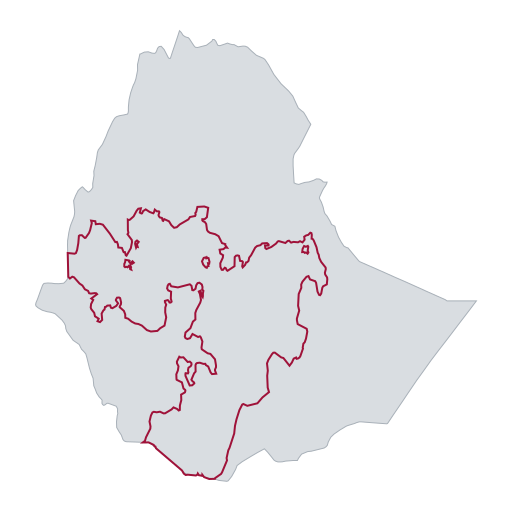 where Oromiya sits in Ethiopia
{"feature_id": "ETH-3131", "entity_name": "Oromiya", "entity_type": "Administrative State", "adm_level": 1, "iso_a3": "ETH", "parent_name": "Ethiopia", "parent_adm1": "", "projection": "equal_earth", "projection_center": [38.367, 6.948], "detail": "fine", "context": "in_parent", "style": "outline", "palette": "rose", "viewbox_px": 512, "rotation_deg": 0, "n_neighbors": 0, "source": "natural_earth", "source_scale": "10m", "svg_char_len": 9621}
<svg xmlns="http://www.w3.org/2000/svg" viewBox="0 0 512 512"><path d="M102.1,400.3L101.7,399.6L99.1,396.8L96.7,393.1L95.2,389.1L93.8,385.8L93.1,378.3L91.3,373.8L89.5,368.2L86.9,357.6L85.8,353.9L83.7,351.4L81.5,349.2L79.2,344.5L73.1,340.3L70.8,337.1L66.8,331.5L65.8,328.6L65.5,325.8L64.3,323.2L62.1,320.2L55.2,313.8L53.2,313.0L50.8,312.3L47.1,311.7L42.2,310.2L37.9,307.7L36.0,306.0L35.6,304.7L36.0,302.7L37.5,299.2L40.5,290.8L42.6,285.1L44.0,283.4L47.7,283.0L51.7,283.2L54.7,283.6L58.8,283.7L63.7,283.2L65.7,281.3L67.3,279.2L67.9,277.7L68.1,274.0L68.1,271.0L67.9,259.5L67.7,252.5L67.5,244.5L67.6,242.9L67.6,240.8L68.9,232.3L70.0,227.4L70.8,224.8L74.0,216.7L74.5,214.1L74.7,211.7L73.6,200.7L75.6,195.6L78.2,190.5L80.4,188.3L82.3,186.8L83.2,187.5L85.3,189.8L88.1,192.1L89.5,191.6L91.4,189.6L92.8,187.5L92.7,183.6L94.0,175.7L93.8,171.2L95.2,165.6L96.7,157.6L97.4,152.6L98.3,149.9L102.4,144.4L106.0,136.6L108.2,130.9L112.6,121.6L114.7,118.2L116.5,116.7L119.1,115.8L124.0,114.9L127.5,114.1L128.1,112.9L128.4,111.0L128.4,106.9L129.1,99.7L130.7,92.7L132.5,87.4L133.4,85.0L134.6,82.7L135.9,78.8L137.6,70.3L137.5,64.6L139.9,54.0L140.4,54.0L144.4,52.1L148.3,51.8L152.0,53.1L154.5,53.4L155.6,52.8L156.6,51.0L157.6,48.2L159.1,46.6L161.2,46.3L164.1,49.5L168.5,58.0L169.7,58.5L170.4,58.3L172.6,51.5L174.4,46.2L177.7,36.3L179.5,30.7L181.2,32.4L183.0,35.2L184.9,36.6L187.0,37.4L188.0,37.5L189.3,38.7L193.9,45.7L195.4,47.3L197.6,47.5L206.5,45.2L211.9,41.1L212.7,39.5L214.2,39.5L215.9,41.3L216.6,43.0L217.8,45.3L219.9,45.7L225.0,44.0L227.5,43.1L229.6,43.9L232.3,44.6L234.0,44.6L238.1,46.8L242.9,46.1L245.2,46.2L247.6,47.2L251.4,50.9L256.4,55.3L263.6,58.4L265.1,59.7L268.5,64.8L273.9,74.5L281.0,83.7L288.7,91.1L292.8,96.1L295.6,102.3L298.3,108.0L301.1,110.4L303.6,112.3L306.3,116.7L308.2,120.3L310.8,124.3L308.0,129.9L304.2,137.4L299.8,146.2L298.4,148.3L294.5,153.6L293.9,155.1L293.1,158.9L293.1,165.8L293.6,174.7L294.1,182.9L296.3,183.9L298.8,184.4L301.6,183.4L304.9,182.4L309.1,181.9L313.7,180.3L316.4,178.9L319.2,179.0L321.8,180.4L323.0,181.8L324.8,182.2L327.1,182.1L326.6,183.7L325.4,185.9L323.8,188.2L322.5,190.5L319.5,197.1L319.4,197.9L319.8,199.2L321.4,202.2L323.1,207.0L324.1,211.4L324.9,213.6L327.0,216.0L330.0,221.1L331.6,224.5L334.9,226.3L336.0,230.7L338.5,237.1L341.3,242.2L343.9,246.1L346.8,247.7L347.9,247.8L354.0,255.2L358.7,260.8L359.8,261.7L368.2,265.4L377.8,269.6L385.5,273.0L395.3,277.4L405.0,281.6L414.1,285.7L426.9,291.5L437.2,296.1L445.3,299.7L447.0,300.9L476.4,300.9L469.3,310.3L461.1,321.0L452.6,332.2L447.1,339.4L438.3,350.8L431.0,360.4L423.6,370.8L416.8,380.2L407.9,393.3L402.2,401.8L393.2,415.0L387.6,423.4L386.8,423.8L378.6,423.2L370.7,422.6L360.7,421.8L359.5,421.8L356.6,422.6L354.8,423.4L347.6,425.6L346.2,426.2L340.2,429.8L334.1,434.0L330.8,437.2L328.3,441.9L327.3,445.3L326.1,446.7L324.2,448.0L311.3,451.2L307.6,451.6L301.6,454.1L298.4,458.4L297.4,460.5L293.1,460.5L285.6,461.1L282.3,461.8L280.8,461.9L277.9,461.9L275.5,461.1L273.9,460.0L271.9,457.4L267.6,452.1L264.4,448.8L257.4,452.6L251.1,456.3L242.2,461.7L237.1,465.5L235.6,469.4L231.7,476.4L228.2,480.8L226.9,481.3L218.9,480.4L216.1,479.5L211.3,478.7L205.0,477.2L200.7,475.5L196.1,475.4L189.4,474.8L185.3,473.6L181.1,469.7L175.7,465.0L170.2,460.2L164.5,455.2L157.8,449.5L150.4,443.3L148.7,442.6L148.0,442.5L140.0,442.2L131.7,441.9L126.1,441.7L124.3,441.0L123.0,439.6L121.3,435.0L119.1,431.7L116.7,427.5L116.5,421.8L117.2,415.7L117.8,413.6L117.5,411.6L117.6,408.8L116.2,406.2L108.0,403.2L106.7,403.4L105.4,404.6L103.8,405.4L102.7,404.6L102.0,403.5L102.0,401.7L102.1,400.3Z" fill="#d9dde1" stroke="#a8b0b8" stroke-width="1"/><path d="M68.3,276.9L67.7,253.0L74.5,253.7L75.9,253.1L77.1,250.0L78.3,243.2L78.9,235.9L79.7,235.3L81.9,235.2L84.7,237.9L85.6,237.8L89.0,233.0L90.1,230.2L91.8,223.1L91.1,220.6L95.3,221.2L95.8,224.2L99.8,223.8L102.9,224.7L109.9,233.7L115.3,242.1L116.9,241.9L117.9,244.3L118.3,247.5L121.9,247.9L123.4,251.7L123.7,252.2L124.9,252.1L125.8,255.3L126.5,255.7L130.8,248.2L132.0,242.2L131.8,240.0L127.5,234.2L128.4,232.8L127.9,230.2L127.8,219.6L128.7,220.1L129.9,219.7L133.6,216.4L136.6,210.8L138.3,208.7L140.9,208.3L139.8,212.6L141.4,213.5L142.1,213.3L143.1,211.1L145.7,209.4L149.7,212.0L153.3,213.3L153.9,212.5L154.8,209.6L156.8,211.3L158.8,211.3L159.2,211.6L159.3,212.6L158.5,215.0L158.9,216.3L159.9,217.5L161.9,217.9L162.7,220.7L163.2,220.9L164.2,219.1L169.0,221.3L171.3,225.1L174.1,227.8L176.8,227.2L179.8,224.4L188.4,219.4L190.0,217.0L195.1,216.0L195.6,214.8L195.3,213.0L196.2,211.9L197.4,206.9L204.3,206.5L208.2,207.8L206.9,217.2L204.6,219.2L202.3,219.2L202.3,220.4L202.9,221.1L205.0,222.2L206.2,224.0L207.0,229.9L208.0,231.5L209.9,232.8L215.2,234.2L218.6,236.2L222.0,243.1L225.3,244.1L225.2,245.0L227.1,247.7L225.3,247.5L223.5,249.1L219.6,249.7L220.3,253.5L223.1,255.2L222.8,257.7L220.3,263.2L220.4,266.9L221.7,269.8L222.9,269.9L224.8,267.7L225.7,268.1L226.8,270.3L227.5,270.8L234.5,266.2L234.7,257.1L236.0,255.7L237.6,255.4L239.0,255.8L240.1,260.9L242.3,261.2L242.9,262.0L242.2,266.3L242.7,267.4L245.1,264.9L246.1,262.4L247.1,262.3L248.5,260.9L249.2,257.6L251.1,255.2L255.2,247.6L257.1,246.0L260.4,245.2L262.2,243.4L267.0,243.1L268.4,244.2L268.7,245.0L268.3,245.5L265.0,245.5L265.3,248.1L266.4,249.0L271.3,247.0L276.0,243.6L277.7,241.5L278.8,241.1L285.4,243.0L287.6,241.0L289.0,240.7L291.1,242.6L293.5,241.9L298.0,242.3L300.0,241.2L302.5,242.4L304.6,239.7L304.2,236.7L306.2,235.4L308.2,234.9L310.3,232.7L311.4,233.1L311.8,234.8L311.6,238.7L312.6,238.9L313.7,240.4L316.5,247.2L317.7,252.8L318.7,254.7L319.3,258.0L321.1,261.8L325.6,267.5L325.8,269.1L324.9,272.7L325.2,274.5L327.1,277.4L327.3,279.4L326.8,284.4L323.1,286.3L322.3,287.8L321.2,293.6L320.1,295.2L319.1,294.9L317.5,291.6L316.1,282.9L315.2,281.2L310.0,279.4L308.5,276.1L306.5,276.8L302.5,281.6L301.2,284.5L301.3,287.9L298.7,294.0L298.1,305.8L299.2,310.6L296.9,318.5L296.9,320.2L297.7,324.1L306.7,328.8L307.3,331.6L306.0,338.6L304.7,342.3L303.4,343.6L302.7,347.8L303.0,348.5L300.4,356.0L299.5,357.5L298.0,358.5L296.6,358.8L296.1,357.5L293.7,358.6L291.9,362.5L289.5,365.7L283.4,358.0L281.2,357.4L274.8,352.6L273.3,352.7L272.0,354.1L268.4,359.8L267.0,363.4L267.8,370.7L267.2,375.7L267.7,387.6L269.0,392.1L262.5,397.4L257.4,403.3L247.3,405.8L243.3,404.0L242.2,404.6L239.4,410.1L236.5,419.3L235.0,425.8L234.2,433.5L229.5,447.9L228.3,450.3L226.6,458.0L227.0,460.4L222.1,472.2L221.1,473.9L215.1,478.1L214.9,478.8L209.2,479.0L204.1,477.1L202.3,474.7L202.2,475.8L198.9,475.2L197.8,473.5L197.4,474.6L195.9,475.5L188.0,474.7L185.7,475.0L183.8,473.6L182.0,470.5L156.0,448.3L155.4,446.5L154.6,446.4L153.7,444.9L148.6,442.4L142.8,442.5L145.0,440.8L146.0,437.3L150.3,428.7L150.5,426.4L149.5,421.5L150.9,415.6L152.4,412.5L153.8,411.8L156.7,412.3L160.0,411.7L163.6,413.4L165.1,413.3L171.6,409.4L173.5,407.4L177.0,408.9L178.7,410.5L179.8,410.0L179.9,405.5L181.3,400.1L181.1,394.6L184.9,392.4L185.4,390.8L185.2,389.9L183.5,388.5L181.9,382.4L176.7,379.8L176.5,379.2L176.3,374.3L177.9,370.4L178.5,366.3L177.0,363.3L176.9,361.6L179.3,356.7L180.7,357.5L183.4,357.3L187.7,362.0L189.8,361.6L191.4,363.1L191.5,364.7L190.7,366.2L188.5,367.7L188.0,370.0L188.4,372.5L188.0,373.4L185.6,373.2L185.4,374.0L185.5,375.9L189.7,385.5L192.2,385.3L194.3,383.4L194.1,382.5L192.4,381.1L191.4,379.7L194.1,373.3L195.6,371.6L195.5,365.1L196.1,363.7L197.1,363.0L199.8,362.7L203.4,363.9L205.3,363.8L205.9,365.1L208.2,366.5L210.6,372.4L212.0,374.1L216.2,373.7L215.0,370.5L215.0,369.6L216.0,367.2L216.0,365.4L215.0,359.3L210.4,353.9L207.7,353.3L201.8,349.3L201.5,347.5L202.4,341.5L200.8,337.3L199.9,336.3L198.1,337.0L192.5,334.0L190.0,338.2L187.3,339.0L185.5,338.1L184.8,336.6L185.5,332.5L190.4,328.2L192.9,321.6L195.4,319.5L195.3,313.0L196.3,310.0L200.2,302.7L201.0,300.0L199.9,294.0L198.8,291.5L200.5,290.7L201.6,295.4L202.7,297.1L202.9,296.2L202.9,293.5L203.4,290.8L202.3,289.6L202.5,287.0L201.8,284.5L199.4,282.7L197.6,283.1L196.2,285.3L195.5,288.8L193.4,290.3L192.3,290.1L191.5,285.8L189.8,284.3L177.9,287.4L171.2,286.3L169.8,283.8L168.6,284.2L167.7,285.6L167.1,288.4L168.2,290.4L171.1,291.7L170.8,298.4L171.6,301.7L170.7,302.5L169.5,302.5L168.4,300.5L167.7,300.1L164.9,300.9L164.9,302.0L166.2,304.7L165.3,307.5L165.2,312.3L166.2,317.3L164.5,325.6L160.2,328.2L157.4,330.9L150.9,331.5L146.9,330.1L141.9,325.6L138.4,324.0L135.2,323.5L131.6,321.6L128.1,318.7L125.3,317.8L125.2,314.3L123.9,310.9L119.7,307.2L119.7,306.4L120.9,304.3L121.1,302.4L120.1,298.1L119.0,297.5L117.0,297.7L115.9,299.7L115.9,300.4L118.1,303.3L116.3,305.9L112.4,308.2L110.9,307.7L110.2,305.4L107.3,305.6L106.0,306.8L105.0,307.0L104.5,309.5L103.3,310.5L101.6,313.6L102.2,319.9L100.0,322.1L97.5,321.2L98.7,318.7L95.0,316.3L94.2,312.8L91.3,309.2L90.7,307.5L91.1,304.0L93.2,299.9L91.3,298.5L97.1,294.2L96.3,293.3L94.7,293.1L90.8,293.6L89.1,293.2L88.1,290.9L84.9,289.3L82.4,285.5L79.5,283.5L74.0,277.3L72.3,276.7L69.9,278.5L68.3,276.9ZM207.2,258.0L206.8,257.3L206.1,258.2L205.6,257.4L203.7,257.9L202.0,261.3L203.2,264.6L205.6,267.3L206.8,267.8L207.3,266.4L208.5,266.1L208.0,263.3L209.2,263.6L209.5,261.8L208.5,258.1L207.2,258.0ZM129.2,260.5L125.4,259.8L125.1,262.2L124.3,263.9L124.3,266.5L125.1,267.2L126.5,266.8L127.5,267.3L128.7,266.0L130.0,267.8L130.2,269.2L131.2,269.6L130.6,268.0L131.1,267.2L130.3,265.6L130.7,262.5L129.6,262.5L129.0,261.5L129.5,260.7L129.2,260.5ZM307.6,253.7L308.4,252.5L307.7,250.4L308.3,246.8L307.8,245.9L305.9,246.8L304.1,246.0L302.6,248.9L302.2,252.1L303.8,252.0L304.8,252.9L306.0,252.4L307.6,253.7ZM137.7,246.9L136.9,244.2L138.7,241.9L137.0,240.5L135.5,241.7L135.1,243.8L136.1,247.7L136.7,246.6L137.7,246.9ZM132.1,263.8L133.8,262.7L132.5,261.3L131.0,262.7L132.1,263.8Z" fill="none" stroke="#9f1239" stroke-width="2"/></svg>